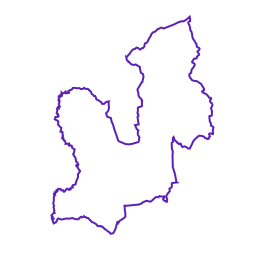 Hon Quan, Bình Phước, Vietnam, rotated 353°
{"feature_id": "81297802B26799209243085", "entity_name": "Hon Quan", "entity_type": "district", "adm_level": 2, "iso_a3": "VNM", "parent_name": "Vietnam", "parent_adm1": "Bình Phước", "projection": "equal_earth", "projection_center": [106.554, 11.627], "detail": "fine", "context": "isolated", "style": "outline", "palette": "violet", "viewbox_px": 256, "rotation_deg": 353, "n_neighbors": 0, "source": "geoboundaries", "source_scale": "gbopen_adm2", "svg_char_len": 5775}
<svg xmlns="http://www.w3.org/2000/svg" viewBox="0 0 256 256"><g transform="rotate(353 128 128)"><path d="M78.0,81.6L76.8,83.1L74.9,83.3L74.6,83.7L73.3,84.0L73.8,85.8L72.3,86.0L70.9,85.0L70.4,84.1L70.1,84.3L70.2,85.8L69.2,85.4L67.5,85.6L66.6,84.8L66.8,86.3L66.2,88.0L65.7,87.8L65.1,86.8L64.7,87.3L64.6,88.8L64.2,88.7L63.8,87.9L63.2,88.0L62.9,89.1L63.3,91.7L62.4,91.7L62.3,92.0L62.4,92.6L63.1,93.4L63.2,94.0L62.2,95.6L62.1,96.1L63.0,98.3L62.8,98.6L61.5,98.6L62.0,99.6L61.8,100.3L60.8,99.7L59.8,100.0L60.0,101.9L59.0,104.7L59.4,105.4L60.3,105.7L60.0,106.7L60.6,107.5L60.3,108.1L59.8,108.4L57.3,108.2L56.9,109.8L56.4,110.3L57.1,111.0L59.2,112.3L59.6,113.2L59.6,113.8L58.9,116.0L60.4,118.2L61.8,119.7L61.5,121.2L60.5,123.4L62.4,123.9L62.6,124.7L62.1,126.4L62.7,127.9L61.3,129.8L61.7,130.6L62.6,130.5L62.8,132.5L63.7,132.8L63.9,133.2L64.3,135.1L64.0,136.1L65.7,136.2L66.9,136.9L67.7,136.3L67.8,136.6L67.2,137.8L67.3,138.3L67.7,138.5L68.7,138.2L70.0,138.8L70.2,141.0L72.4,142.7L71.1,146.7L70.5,146.9L70.6,148.2L72.2,151.2L72.5,155.2L73.7,156.0L73.7,157.2L74.3,158.3L73.7,159.1L72.9,158.5L72.2,158.6L72.0,159.4L73.1,160.6L74.3,163.7L75.0,164.3L75.2,165.1L72.7,167.7L72.4,170.6L69.7,175.4L69.2,177.3L68.7,177.7L66.7,177.9L66.1,178.2L65.8,178.7L66.0,180.2L64.7,180.1L63.5,181.8L63.0,181.2L62.1,182.2L61.3,181.9L60.6,180.9L60.2,180.7L59.4,181.2L57.2,183.4L56.9,183.5L56.4,183.4L56.0,181.9L54.2,181.8L53.7,180.4L52.8,180.4L52.0,179.8L51.5,179.9L51.0,180.3L50.4,181.8L49.9,181.6L49.8,180.8L49.4,181.0L49.1,181.7L49.3,182.8L49.1,183.1L47.5,182.9L47.5,184.7L46.8,184.0L46.4,184.2L46.5,186.8L46.0,187.4L45.6,190.7L44.6,193.9L45.1,196.2L44.4,197.6L44.7,199.0L44.5,200.0L44.9,201.0L44.4,202.0L44.8,203.4L43.4,203.6L41.4,205.4L41.5,206.0L42.4,206.8L42.3,207.1L41.4,207.5L41.4,208.6L43.1,208.9L42.8,209.5L41.8,210.5L42.6,213.6L44.7,212.9L46.1,211.4L47.1,209.6L47.8,209.3L50.9,210.8L54.7,210.3L56.6,210.4L57.6,210.8L62.1,210.6L64.5,212.1L67.4,212.5L68.2,212.2L68.4,211.7L70.4,210.4L70.8,210.4L71.3,211.1L72.4,211.0L73.6,210.2L73.8,210.9L75.4,211.4L76.2,212.3L77.5,212.5L79.0,214.8L79.7,215.3L80.6,217.0L82.4,217.7L85.2,220.1L85.7,221.4L87.3,221.9L89.1,221.9L89.6,222.7L90.8,222.9L91.2,223.9L91.9,224.3L92.5,225.5L93.4,226.0L95.7,228.4L96.8,229.2L98.0,230.9L100.1,230.7L101.0,230.1L103.0,227.1L104.3,224.3L104.7,222.8L105.5,221.9L105.8,220.1L106.1,220.0L106.7,221.2L108.6,218.9L111.0,218.0L114.5,215.9L115.0,212.3L114.8,209.5L115.1,204.7L117.2,205.0L129.3,205.3L132.5,204.5L133.8,203.5L137.5,202.5L141.0,203.8L142.0,203.6L147.3,199.9L149.7,200.5L151.0,199.4L152.5,200.1L155.5,200.3L155.6,201.0L155.4,201.5L154.2,202.7L154.1,203.3L154.7,203.8L155.2,204.7L156.6,204.9L156.8,205.8L157.5,206.0L158.1,204.4L158.2,202.9L157.6,201.1L157.8,199.9L160.1,197.2L161.7,196.0L161.8,195.6L161.7,193.3L163.7,192.5L164.4,191.4L164.7,188.3L165.1,188.0L170.1,188.0L169.4,187.3L169.3,186.8L169.5,185.5L169.2,184.1L169.1,180.0L167.7,172.2L168.8,161.2L169.5,157.3L169.6,156.0L169.1,154.7L169.1,153.5L169.4,149.0L169.7,148.0L170.9,147.2L171.3,143.5L172.2,142.6L172.6,143.9L172.7,145.8L174.7,147.7L175.3,149.0L176.1,149.3L176.6,150.2L177.1,150.3L177.9,149.8L178.4,150.0L179.2,152.8L179.7,153.5L181.8,153.1L183.6,154.1L185.4,155.8L186.9,155.9L191.5,148.7L194.9,145.9L195.5,145.7L197.3,144.4L199.4,144.6L201.5,145.4L202.4,146.0L203.2,147.2L205.7,148.7L206.8,148.5L206.8,147.5L208.3,146.5L207.8,144.4L208.0,143.5L209.6,143.5L211.5,144.4L211.9,143.6L211.7,141.2L212.9,137.9L212.7,137.2L210.7,135.8L210.8,133.1L210.0,131.6L210.0,130.6L210.1,126.4L210.6,126.0L212.0,126.1L212.7,125.7L213.4,121.9L212.8,118.4L213.8,117.1L214.5,115.8L214.6,115.2L214.3,113.8L213.3,112.8L212.6,111.5L212.9,110.3L214.2,109.2L214.1,108.5L213.5,108.0L212.2,107.8L211.3,106.0L209.8,103.9L207.2,102.3L206.2,101.4L206.0,100.8L206.2,100.4L208.0,99.8L208.3,98.5L205.9,93.2L202.2,90.0L198.6,89.0L197.4,88.3L195.7,85.3L195.2,83.3L195.6,81.9L197.4,80.9L198.3,77.7L199.9,76.3L201.9,73.7L201.9,72.7L201.6,72.1L199.8,70.8L199.7,70.0L202.1,67.2L204.5,67.3L205.3,65.4L207.4,64.1L207.4,62.9L206.2,60.8L206.5,60.3L208.0,59.4L208.7,58.3L208.5,57.4L206.4,55.9L206.2,55.2L206.3,53.4L203.4,47.2L203.0,45.8L203.0,43.0L202.8,40.5L201.7,38.1L201.9,36.3L201.3,33.0L200.7,31.6L200.7,30.6L201.2,29.9L202.7,29.5L202.9,28.5L202.8,25.1L199.6,27.3L196.4,28.8L195.6,28.9L194.9,28.5L191.2,29.1L186.0,30.9L175.6,33.6L173.7,32.5L172.7,32.5L170.8,33.3L169.7,33.3L166.9,35.5L164.3,36.2L162.8,37.5L161.6,39.7L160.1,41.3L157.8,44.9L156.7,45.9L155.4,46.0L154.9,46.6L154.0,49.2L152.9,50.4L151.6,50.4L150.2,51.5L149.2,51.5L148.2,50.2L146.7,49.3L145.9,49.4L145.0,50.2L142.6,50.6L139.8,53.0L139.1,54.3L138.4,54.5L138.0,55.2L136.5,56.2L135.9,57.1L135.1,57.5L134.9,57.3L135.1,60.4L136.2,61.5L136.4,62.4L136.8,62.4L139.2,65.4L142.1,66.2L143.4,65.8L146.2,68.2L147.2,68.7L147.1,70.9L147.5,74.3L147.6,74.8L149.4,76.3L149.6,78.3L149.6,79.2L147.8,84.2L147.3,84.2L142.1,90.9L142.1,92.0L142.5,93.9L142.4,96.8L142.7,97.9L143.4,99.3L145.0,101.3L144.9,102.5L145.3,102.6L145.3,102.9L144.7,105.8L144.6,107.8L142.7,108.6L141.1,108.6L140.2,109.3L139.8,112.9L139.2,114.3L139.3,115.0L139.8,115.3L139.8,117.4L138.9,117.8L138.8,118.6L139.0,125.8L135.3,126.0L136.6,130.2L138.0,131.6L137.2,133.2L137.0,135.3L137.1,136.3L138.2,138.4L138.2,138.8L137.6,140.1L137.5,141.7L136.6,143.2L129.8,144.3L126.5,144.3L123.3,143.5L117.6,140.2L116.8,139.4L114.1,126.7L113.6,123.0L112.6,120.0L112.2,116.0L108.7,114.2L108.2,112.0L108.1,110.6L110.1,109.0L110.8,107.9L111.3,106.5L111.6,105.3L111.8,100.3L112.3,99.3L109.5,99.4L107.5,101.0L105.6,101.1L105.3,100.9L105.0,99.7L102.6,97.3L100.2,95.9L99.4,92.3L98.1,92.1L97.2,90.6L96.1,89.7L95.6,87.3L93.8,85.6L93.7,85.0L93.3,84.6L92.0,84.0L90.8,84.2L89.3,82.8L87.8,83.7L87.0,83.7L86.0,83.6L84.3,82.4L82.6,82.4L79.5,81.6L78.0,81.6Z" fill="none" stroke="#5b21b6" stroke-width="2"/></g></svg>